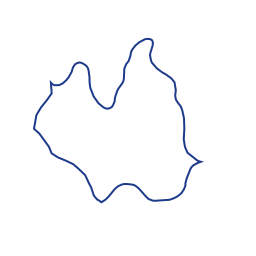 Sinphyong, Hwanghae-bukto, North Korea, rotated 50°
{"feature_id": "82179303B74961933380219", "entity_name": "Sinphyong", "entity_type": "district", "adm_level": 2, "iso_a3": "PRK", "parent_name": "North Korea", "parent_adm1": "Hwanghae-bukto", "projection": "mercator", "projection_center": [126.713, 38.983], "detail": "fine", "context": "isolated", "style": "outline", "palette": "blue", "viewbox_px": 256, "rotation_deg": 50, "n_neighbors": 0, "source": "geoboundaries", "source_scale": "gbopen_adm2", "svg_char_len": 1617}
<svg xmlns="http://www.w3.org/2000/svg" viewBox="0 0 256 256"><g transform="rotate(50 128 128)"><path d="M43.7,157.9L52.4,164.2L54.4,171.7L56.3,181.3L59.2,189.8L67.2,199.4L68.2,200.5L75.3,199.5L91.4,200.6L98.4,202.8L105.4,200.6L113.5,196.4L120.6,193.2L126.6,192.2L136.7,191.1L144.7,193.3L149.8,194.4L157.8,197.6L162.8,197.6L165.9,196.5L167.8,196.1L168.4,191.2L168.1,187.0L166.3,177.6L166.2,173.4L167.2,169.4L168.3,167.2L169.6,165.5L173.4,161.7L175.3,160.2L177.2,159.4L181.0,158.6L191.7,158.3L195.6,157.9L199.4,155.8L201.2,154.0L203.5,150.8L209.7,142.3L211.2,138.3L212.1,134.6L212.3,130.4L212.1,128.4L210.9,124.5L208.9,120.9L207.1,119.4L204.2,115.2L199.4,106.3L198.8,104.3L198.6,101.9L199.5,97.3L200.7,93.9L198.5,95.4L196.5,96.0L185.2,98.3L180.8,97.0L178.7,96.3L172.4,92.5L164.9,85.4L156.6,78.9L149.6,75.2L147.6,74.4L145.1,73.7L140.0,73.5L137.5,73.1L135.5,72.3L133.3,70.8L129.8,67.1L122.9,63.0L117.8,62.9L111.4,64.5L107.5,66.0L101.2,67.5L93.5,67.7L91.3,67.1L86.6,64.5L84.9,62.7L80.6,56.0L78.3,53.8L76.5,53.3L76.1,53.2L74.1,53.9L71.9,56.2L70.9,58.0L69.5,64.5L69.6,69.3L70.5,73.8L71.2,75.7L72.6,77.9L74.3,79.8L77.0,84.3L78.0,88.5L80.2,92.7L87.9,99.8L89.3,101.8L90.1,103.7L91.7,110.2L92.5,112.1L95.2,116.7L96.6,118.7L99.0,121.1L101.0,125.0L101.5,127.1L101.1,129.1L100.3,131.0L98.4,132.7L96.1,133.6L90.1,134.7L81.6,134.0L73.9,131.4L71.8,130.4L68.1,127.9L64.4,124.9L58.4,121.1L56.6,120.3L54.6,120.0L52.6,120.1L48.6,121.5L46.5,123.1L45.6,125.3L45.2,127.3L45.6,129.3L46.3,131.3L48.8,135.1L51.0,141.0L51.7,144.6L51.9,148.9L51.0,153.0L48.0,156.8L45.8,157.8L43.7,157.9Z" fill="none" stroke="#1e3a8a" stroke-width="2"/></g></svg>